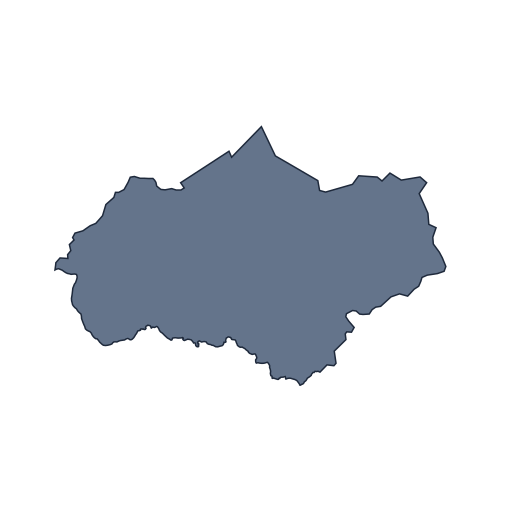 Sarandí del Yí, Durazno, Uruguay, rotated 43°
{"feature_id": "84410073B30511027712587", "entity_name": "Sarandí del Yí", "entity_type": "district", "adm_level": 2, "iso_a3": "URY", "parent_name": "Uruguay", "parent_adm1": "Durazno", "projection": "mercator", "projection_center": [-55.569, -33.214], "detail": "fine", "context": "isolated", "style": "filled", "palette": "slate", "viewbox_px": 512, "rotation_deg": 43, "n_neighbors": 0, "source": "geoboundaries", "source_scale": "gbopen_adm2", "svg_char_len": 5015}
<svg xmlns="http://www.w3.org/2000/svg" viewBox="0 0 512 512"><g transform="rotate(43 256 256)"><path d="M118.5,403.3L119.1,401.6L120.3,399.9L122.2,399.2L124.1,398.5L126.1,398.3L128.3,397.9L130.1,397.3L132.0,396.1L133.3,395.5L134.4,394.2L135.7,392.8L137.3,391.9L138.8,392.7L140.0,393.9L141.2,396.2L142.2,398.6L142.4,400.5L143.3,402.7L144.0,404.5L145.5,406.5L147.5,409.2L148.6,410.8L149.9,412.8L151.8,414.6L153.4,415.6L155.0,416.7L156.6,417.1L158.7,417.3L160.8,417.1L162.7,417.7L164.3,417.9L165.9,417.9L167.5,417.8L169.2,418.9L171.1,420.7L173.0,421.7L175.0,422.7L176.7,423.5L178.7,424.3L180.9,425.6L183.0,425.6L184.8,425.1L186.1,424.6L188.0,424.7L190.0,425.5L191.9,425.9L193.5,426.0L195.2,425.8L196.4,424.9L197.8,425.1L199.0,425.3L200.5,425.6L201.3,425.6L203.4,425.6L205.2,425.4L207.0,424.1L208.4,422.4L209.8,420.3L210.6,418.5L210.4,417.2L210.6,415.9L211.4,414.9L212.9,413.7L213.7,411.7L214.5,410.3L215.8,408.7L216.1,408.3L217.1,407.1L217.7,405.0L218.5,403.7L219.3,403.4L220.6,403.3L221.7,402.6L222.2,401.3L222.3,399.1L222.0,397.4L221.6,395.8L221.5,394.3L220.7,391.6L220.8,391.1L221.1,390.7L221.5,390.3L222.1,389.1L222.0,388.8L221.7,388.8L221.5,388.6L221.5,388.1L221.8,387.8L222.4,387.0L223.1,386.8L223.4,386.2L223.9,386.2L224.1,386.1L224.4,386.0L224.9,385.5L225.1,385.1L225.0,384.7L224.9,383.9L224.5,383.7L224.3,383.7L224.1,383.8L223.7,383.1L223.5,382.0L224.0,381.1L224.0,380.5L224.4,380.2L225.9,379.3L227.1,379.3L227.6,379.7L228.3,380.1L228.6,380.1L228.7,379.9L228.8,379.2L228.9,378.7L229.0,378.3L229.7,378.0L230.4,377.6L230.9,376.6L231.3,375.4L232.0,375.0L233.1,375.1L234.5,375.5L236.2,376.3L238.0,376.6L239.8,376.3L241.7,376.3L243.1,376.4L245.3,376.4L247.1,376.4L249.4,375.8L251.3,375.5L251.7,374.6L251.0,373.1L251.5,372.2L252.7,370.8L255.0,369.2L257.3,366.8L257.8,365.8L258.5,365.6L259.0,365.8L259.0,366.5L259.3,366.8L260.4,367.0L261.3,366.6L261.9,365.3L262.7,363.5L264.2,362.4L265.9,361.5L268.4,361.8L269.7,362.2L270.5,361.2L271.4,361.3L272.1,362.0L273.1,362.6L274.3,362.7L275.4,362.1L275.7,361.5L275.5,360.9L274.7,360.7L274.4,360.6L274.3,360.3L274.6,359.9L274.4,359.6L273.8,359.3L273.6,359.0L273.3,359.1L273.0,359.5L272.9,359.5L272.5,359.3L272.1,359.0L272.0,357.9L272.3,357.2L272.6,356.6L273.4,356.5L274.9,356.0L275.9,354.5L276.9,353.5L278.3,352.8L280.1,353.3L281.8,352.7L283.0,351.8L284.7,351.3L285.7,350.5L287.1,350.2L288.5,349.8L290.0,348.5L291.2,346.5L292.4,344.7L292.5,343.8L292.4,342.9L292.1,342.2L291.5,341.1L291.4,340.8L291.6,340.7L292.1,340.5L292.6,339.6L292.4,339.1L291.5,338.6L290.8,337.5L290.2,336.1L290.6,335.3L290.8,334.1L291.2,333.8L291.7,333.6L292.7,333.1L292.9,332.9L293.4,332.9L293.8,333.2L294.6,333.3L295.0,333.6L295.5,333.4L296.7,332.5L297.5,331.9L298.2,331.6L299.2,331.9L300.8,332.8L302.1,333.3L303.4,334.0L304.0,334.0L305.9,333.8L306.9,333.3L308.1,332.0L309.3,331.8L311.1,331.3L312.4,331.4L314.2,331.2L314.8,331.2L315.5,331.0L316.2,331.6L317.8,331.5L318.9,331.1L320.3,330.6L320.9,329.7L322.0,328.3L322.9,328.3L325.7,329.6L326.4,330.7L326.5,332.1L327.3,333.0L328.1,333.7L329.0,334.1L329.4,334.0L330.2,332.7L331.2,332.2L333.0,330.9L334.4,329.6L335.5,328.2L336.5,326.4L337.0,325.9L338.3,326.1L339.9,326.5L340.9,327.0L342.0,328.3L343.6,329.1L345.3,330.3L346.7,332.2L348.5,333.4L349.6,333.0L350.2,333.4L351.0,334.3L351.7,334.1L352.1,333.3L353.7,332.6L356.1,331.4L356.6,330.8L356.3,330.2L356.3,329.6L356.7,329.4L356.9,329.2L356.6,328.5L356.7,328.0L357.0,327.6L358.6,325.9L359.2,324.8L359.6,324.2L360.2,324.5L361.5,325.6L361.8,325.6L362.7,323.8L363.8,322.5L364.9,321.7L366.6,320.9L368.7,319.8L370.6,319.3L371.4,319.3L372.4,319.5L374.5,319.9L375.1,320.0L375.5,320.2L375.8,320.5L376.2,320.5L376.5,320.3L376.8,319.6L376.9,318.7L377.3,318.2L377.7,316.9L377.2,315.1L377.5,313.3L377.4,312.3L376.9,310.3L377.5,308.0L377.7,306.7L377.8,305.6L377.3,304.8L377.2,303.6L377.1,302.2L377.9,301.6L377.8,300.1L379.0,299.3L380.0,298.0L382.0,297.3L382.2,287.2L387.8,283.1L387.7,279.9L381.6,275.0L378.1,272.2L378.8,255.8L374.4,252.1L374.1,249.6L377.8,246.6L376.5,241.3L368.3,240.4L363.1,239.2L361.5,236.5L363.8,230.0L366.8,227.9L371.4,227.8L374.1,225.8L378.4,221.2L377.5,216.0L378.4,211.8L381.5,207.8L382.6,193.8L386.8,185.8L394.3,181.9L394.3,172.4L395.6,167.2L393.8,162.1L392.0,158.5L394.3,153.2L400.7,145.1L404.0,138.9L402.0,134.2L393.6,130.3L387.5,128.2L377.5,126.3L372.5,121.7L368.4,112.5L360.8,115.0L352.6,107.5L332.8,99.1L330.8,86.0L322.1,86.3L310.5,101.4L297.4,104.0L297.0,115.2L290.8,115.6L276.4,127.3L277.7,137.8L263.3,161.8L257.8,164.7L249.8,158.7L201.9,169.6L171.7,157.7L170.8,200.4L164.8,197.8L150.9,253.8L157.1,255.2L156.1,258.9L152.6,262.2L148.4,264.2L144.4,269.6L141.0,272.2L135.7,272.6L132.6,270.4L130.1,269.7L127.7,269.6L124.8,272.4L121.1,275.5L118.2,278.2L112.8,280.8L110.3,284.1L112.2,289.3L114.2,297.4L112.2,303.1L109.8,305.3L112.1,310.1L111.1,320.7L116.3,331.2L116.6,341.4L114.1,346.9L112.2,355.7L108.0,362.7L109.3,367.6L112.0,368.4L111.7,374.9L116.9,378.4L117.3,383.5L120.1,386.1L114.0,391.1L114.2,397.4L115.8,399.5L118.5,403.3Z" fill="#64748b" stroke="#1e293b" stroke-width="1.5"/></g></svg>